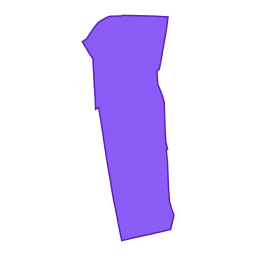 outline of Comuna 5, Ciudad de Buenos Aires, Argentina
{"feature_id": "61730980B98128397219365", "entity_name": "Comuna 5", "entity_type": "district", "adm_level": 2, "iso_a3": "ARG", "parent_name": "Argentina", "parent_adm1": "Ciudad de Buenos Aires", "projection": "equal_earth", "projection_center": [-58.421, -34.619], "detail": "fine", "context": "isolated", "style": "filled", "palette": "violet", "viewbox_px": 256, "rotation_deg": 0, "n_neighbors": 0, "source": "geoboundaries", "source_scale": "gbopen_adm2", "svg_char_len": 2341}
<svg xmlns="http://www.w3.org/2000/svg" viewBox="0 0 256 256"><path d="M108.6,170.6L109.7,176.5L109.8,177.6L110.3,180.1L110.4,180.9L110.7,182.5L110.8,183.4L111.6,188.0L111.7,189.0L111.9,190.2L112.2,192.1L112.3,192.2L112.4,193.4L112.6,194.4L112.9,195.8L113.5,199.1L113.8,200.6L114.8,205.4L114.9,206.2L116.2,212.4L117.0,216.5L117.6,219.6L118.1,222.5L118.4,223.8L118.5,224.6L119.5,229.4L120.6,235.2L121.7,240.6L126.4,239.5L132.0,238.2L136.6,237.1L137.5,236.9L138.5,236.7L138.9,236.6L141.2,236.2L141.6,236.1L141.8,236.0L146.6,235.0L147.3,234.9L151.1,234.0L151.3,234.0L152.0,233.8L152.3,233.7L157.4,232.5L162.9,231.3L167.3,230.2L168.1,230.0L169.1,229.8L170.6,229.5L171.6,225.2L171.9,223.9L172.8,220.1L173.6,216.8L173.7,214.3L173.4,213.6L172.1,210.5L171.7,209.0L169.7,202.3L169.5,201.7L169.1,195.6L169.0,194.7L168.6,189.7L168.5,188.4L168.3,182.3L168.1,179.3L167.9,173.8L167.8,170.7L167.7,169.8L167.7,168.0L167.4,160.8L167.3,159.9L167.1,158.9L166.7,154.7L166.3,149.6L167.5,149.3L166.2,143.4L165.9,143.5L165.5,136.9L165.1,131.3L165.1,130.3L164.9,124.4L164.9,123.3L164.6,115.7L164.4,109.4L164.2,102.3L163.2,98.6L162.4,95.7L161.9,94.4L161.4,93.1L159.6,88.7L157.8,84.4L157.3,77.2L157.1,74.4L157.0,70.9L159.2,69.4L159.9,66.4L160.0,65.9L161.1,59.9L162.0,54.6L162.7,50.5L162.7,50.3L162.9,49.4L163.7,44.6L164.4,40.8L165.3,36.0L166.4,29.4L166.5,28.8L166.6,28.1L167.1,23.8L168.0,16.9L167.7,16.9L167.4,16.9L163.7,16.7L162.6,16.6L157.1,16.3L153.0,16.1L152.9,16.1L151.6,16.1L151.0,16.1L146.6,16.0L146.0,15.9L145.8,15.9L140.2,15.8L139.9,15.8L139.2,15.7L135.0,15.6L133.9,15.6L133.1,15.6L128.5,15.5L124.7,15.4L124.3,15.4L122.2,15.5L120.6,16.0L115.8,16.1L110.4,16.3L109.9,16.4L109.4,16.4L108.5,16.6L104.6,18.6L104.2,18.8L103.7,19.1L101.5,20.4L99.0,22.0L98.8,22.2L97.9,22.9L97.1,23.9L95.1,26.3L94.9,26.5L94.6,26.9L91.5,31.5L91.0,32.2L88.2,36.5L86.9,38.5L86.7,38.8L83.1,41.2L82.3,41.7L86.3,48.3L89.5,53.7L93.0,59.0L93.2,64.9L93.4,68.6L93.5,69.5L93.6,72.6L93.8,73.8L94.0,77.7L94.2,81.4L94.3,85.4L94.4,86.5L94.6,89.8L94.7,90.6L95.2,98.2L95.3,101.8L95.6,109.4L98.7,107.6L98.8,108.4L100.5,118.6L101.3,123.5L101.5,124.5L102.4,130.5L102.5,131.4L102.6,131.5L103.4,137.2L103.9,140.6L104.3,143.3L104.5,144.5L105.7,152.7L105.8,153.5L106.7,159.3L107.0,160.8L107.5,163.9L107.6,164.6L107.8,165.6L108.4,169.2L108.6,170.6Z" fill="#8b5cf6" stroke="#5b21b6" stroke-width="1.5"/></svg>